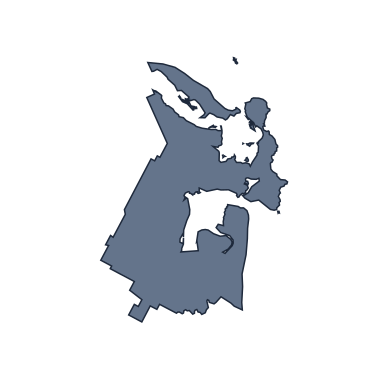 Invercargill City, Southland, New Zealand, rotated 208°
{"feature_id": "76426892B89444897674661", "entity_name": "Invercargill City", "entity_type": "district", "adm_level": 2, "iso_a3": "NZL", "parent_name": "New Zealand", "parent_adm1": "Southland", "projection": "mercator", "projection_center": [168.346, -46.488], "detail": "fine", "context": "isolated", "style": "filled", "palette": "slate", "viewbox_px": 384, "rotation_deg": 208, "n_neighbors": 0, "source": "geoboundaries", "source_scale": "gbopen_adm2", "svg_char_len": 6150}
<svg xmlns="http://www.w3.org/2000/svg" viewBox="0 0 384 384"><g transform="rotate(208 192 192)"><path d="M101.1,111.0L92.2,111.5L96.2,117.8L102.9,132.2L109.3,143.1L114.8,161.9L121.2,176.8L125.9,186.1L129.3,194.8L131.3,198.1L134.7,201.3L139.0,202.2L141.7,200.7L144.5,200.9L154.6,197.6L153.8,195.8L154.3,195.5L154.4,194.7L153.9,194.2L154.7,192.6L153.7,191.2L153.9,189.3L152.4,187.7L152.2,184.1L151.4,183.4L150.6,180.6L148.4,177.1L153.7,175.8L154.0,171.9L147.7,169.7L138.3,171.2L133.2,168.9L131.6,166.2L131.3,163.5L134.0,153.3L136.7,153.3L133.2,158.7L132.2,163.9L133.1,166.7L135.6,168.4L141.5,169.5L146.3,166.2L153.4,165.3L159.9,166.0L162.7,165.1L165.5,163.1L167.9,159.7L164.6,150.3L164.5,150.8L158.9,143.1L173.6,133.9L173.6,135.3L174.6,137.4L175.1,141.9L178.0,147.6L176.1,143.2L176.5,142.1L179.2,142.1L180.6,145.2L180.4,151.5L178.4,148.2L181.5,154.6L183.2,164.3L183.7,171.1L185.7,175.4L192.7,184.1L195.1,184.4L194.3,183.4L195.3,181.2L195.5,183.7L197.4,185.1L197.4,187.9L195.5,190.5L194.4,190.8L193.6,189.7L192.6,190.2L189.9,189.7L190.1,190.6L188.8,191.3L189.1,192.5L188.5,194.0L187.4,194.7L187.3,194.0L185.9,193.6L184.7,194.8L184.5,195.5L185.6,195.3L187.5,198.9L179.3,199.5L171.1,206.4L167.4,207.4L160.8,211.1L152.2,211.7L151.0,210.9L151.0,209.8L149.0,208.8L148.2,209.7L148.2,211.5L147.0,214.4L145.6,214.8L144.4,216.6L145.2,218.4L144.5,219.4L144.2,222.0L146.5,223.9L149.6,223.7L149.6,224.9L146.1,224.5L146.2,225.9L147.9,227.6L149.5,226.8L150.9,228.6L150.7,229.7L149.3,230.8L145.8,231.2L141.3,233.3L139.4,235.5L137.7,233.3L141.7,224.7L142.0,217.7L144.2,214.0L145.8,212.7L142.4,211.4L135.5,211.1L129.3,216.2L114.6,213.4L110.9,214.5L109.0,216.3L109.7,217.9L108.6,221.6L110.2,223.6L109.7,225.2L110.7,226.6L113.7,228.6L113.9,231.6L113.5,232.6L115.8,234.4L115.9,237.9L113.5,240.4L113.6,242.4L112.0,243.7L112.4,245.8L115.4,246.3L119.7,244.5L124.6,246.1L125.5,247.6L130.4,248.0L133.1,249.2L136.2,253.9L136.2,255.0L135.4,255.7L135.4,258.3L137.1,258.9L138.5,260.6L138.5,261.8L137.1,263.1L137.5,264.2L137.0,265.2L137.5,266.8L136.5,268.0L138.0,270.8L137.4,271.8L138.2,273.1L140.5,273.9L143.5,277.3L147.6,279.0L150.7,279.1L152.2,281.4L153.1,281.8L154.5,280.5L157.9,280.4L160.1,282.8L160.0,283.8L158.6,284.3L159.4,285.3L160.9,285.8L160.4,286.7L161.4,289.0L161.5,292.5L163.1,295.5L162.4,296.1L162.5,298.3L161.5,300.3L162.2,301.7L164.9,301.6L167.4,304.4L167.8,305.7L169.6,306.6L172.8,307.1L177.1,306.2L181.9,303.9L183.1,302.4L183.1,299.1L186.8,295.6L185.7,294.7L184.4,290.2L182.9,289.1L182.7,287.9L178.7,284.3L180.2,284.6L178.0,284.0L179.4,283.9L175.7,282.1L177.7,283.3L176.9,283.8L170.3,282.1L170.9,280.9L174.5,281.9L173.4,281.3L173.5,280.7L174.7,280.6L171.0,279.5L171.2,278.5L172.8,278.4L171.3,276.8L170.3,276.7L170.3,276.0L165.1,275.6L170.8,280.9L170.2,282.1L166.3,279.4L165.9,280.8L160.8,280.2L157.5,277.9L155.8,275.8L155.4,272.5L156.9,267.9L156.3,266.3L156.6,265.7L157.5,266.1L157.5,265.5L154.8,263.8L152.2,258.1L152.8,256.8L151.9,255.1L152.7,246.9L152.6,242.1L154.9,243.7L158.4,242.9L160.9,240.9L162.8,241.0L166.6,239.0L169.7,240.8L169.6,242.2L170.4,243.8L171.9,244.6L171.6,243.8L172.2,242.1L173.2,241.7L173.2,240.1L175.9,238.0L176.3,235.0L180.4,231.7L182.8,232.4L186.2,239.2L187.4,240.5L194.9,242.1L190.0,243.7L190.1,245.2L188.3,247.1L188.1,248.4L189.6,250.2L190.5,253.6L192.4,255.2L193.2,258.1L194.5,260.5L197.1,263.9L197.6,263.7L195.0,260.6L194.9,259.9L197.9,258.4L200.4,258.4L204.3,256.2L213.0,253.1L219.0,251.9L221.7,252.5L230.6,252.3L234.5,253.6L238.8,252.4L240.1,253.8L245.0,254.6L247.6,256.3L253.2,257.0L255.4,256.2L256.8,257.4L258.6,257.4L263.1,260.5L264.0,262.9L264.8,263.2L271.4,264.2L272.1,264.0L271.5,263.6L274.6,263.7L271.1,260.9L276.3,254.2L236.6,223.3L236.6,207.6L239.6,207.6L239.6,202.0L243.7,202.0L243.4,144.7L240.4,141.0L240.4,122.5L240.4,115.0L243.5,115.4L243.5,104.8L240.5,105.6L240.5,88.9L228.2,88.9L228.2,85.9L200.9,85.9L200.9,76.0L185.7,73.4L185.7,65.7L190.2,65.7L190.2,53.7L175.3,53.7L175.4,71.8L167.9,71.9L167.9,77.6L148.8,77.7L148.2,79.2L146.8,80.1L143.5,79.9L142.7,81.1L143.4,83.3L142.3,85.1L140.5,84.8L138.7,86.1L134.0,84.5L132.9,86.1L133.8,87.8L133.7,89.2L132.6,90.5L130.3,88.9L128.3,89.5L125.9,88.5L123.6,91.6L124.0,94.9L123.3,97.6L127.7,102.7L127.8,104.1L126.3,104.2L124.9,102.7L120.0,103.6L119.0,105.8L117.2,113.1L105.5,112.2L101.1,111.0ZM284.0,279.6L282.6,280.6L280.4,283.9L275.8,283.9L267.9,281.7L266.1,280.3L257.4,278.2L252.4,274.6L249.0,276.7L239.2,274.4L239.4,272.7L238.3,272.7L239.3,271.7L241.6,271.3L240.7,270.0L236.5,271.7L233.7,274.5L232.1,274.8L226.7,273.2L217.6,268.1L217.7,265.8L219.8,261.4L215.4,263.6L214.0,268.8L213.2,270.1L209.1,270.5L205.1,270.0L199.5,271.7L196.3,271.3L195.2,273.2L194.5,278.4L190.6,278.7L189.8,282.2L186.9,284.5L187.1,285.8L188.3,286.8L192.5,287.4L192.8,287.1L192.1,285.7L194.4,282.7L198.5,281.3L202.3,281.2L216.2,284.5L223.1,289.3L226.7,290.6L243.1,291.2L254.2,293.2L265.5,294.1L277.8,291.4L291.8,285.6L284.0,279.6ZM237.5,267.7L229.5,264.8L229.0,265.5L230.4,266.3L230.2,267.4L233.1,267.4L237.4,270.5L242.5,269.2L239.2,268.7L237.9,269.2L236.3,267.9L237.7,268.5L239.4,267.8L243.2,269.3L245.2,269.0L242.0,267.6L242.6,267.5L249.3,270.3L242.8,267.3L237.5,267.7ZM214.2,326.3L212.6,326.2L212.3,327.3L215.1,328.7L215.3,329.9L216.4,329.1L217.2,330.3L218.4,330.1L217.4,328.7L217.5,328.0L215.3,327.6L214.2,326.3ZM164.8,259.7L162.6,259.5L162.2,262.2L160.6,263.5L160.6,264.1L163.8,262.5L165.3,260.4L164.8,259.7ZM160.2,244.9L157.7,244.7L156.8,245.8L157.3,246.8L159.6,248.3L160.1,247.6L159.7,246.0L160.2,244.9ZM204.5,260.9L206.8,257.4L207.4,255.8L206.9,257.0L204.9,258.8L201.7,260.1L201.4,261.1L203.9,260.3L204.5,260.9ZM231.1,267.7L228.3,267.1L227.3,267.8L229.8,268.6L233.0,267.6L230.1,268.4L229.4,268.1L231.1,267.7ZM107.3,215.2L106.0,213.7L105.7,214.6L105.1,214.6L106.1,215.8L107.3,215.2ZM181.3,237.9L180.8,236.9L180.5,237.6L180.9,238.0L179.5,239.0L180.5,239.1L181.3,237.9ZM248.0,270.8L247.8,270.2L246.2,269.7L246.4,270.1L248.0,270.8ZM166.3,260.2L165.6,259.7L165.4,260.6L166.3,260.2ZM229.0,268.4L227.9,268.7L227.8,269.0L228.2,269.1L229.0,268.4ZM182.7,238.3L182.0,238.7L182.1,239.0L182.7,238.3ZM169.9,259.0L169.7,258.4L169.3,258.9L169.9,259.0Z" fill="#64748b" stroke="#1e293b" stroke-width="1.5"/></g></svg>